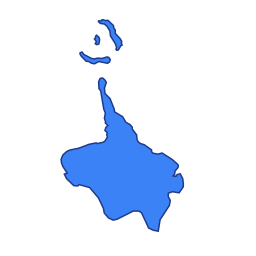 the district of Conakry, Dubréka, Guinea, rotated 114°
{"feature_id": "49546643B29247776226513", "entity_name": "Conakry", "entity_type": "district", "adm_level": 2, "iso_a3": "GIN", "parent_name": "Guinea", "parent_adm1": "Dubréka", "projection": "albers", "projection_center": [-13.665, 9.597], "detail": "fine", "context": "isolated", "style": "filled", "palette": "blue", "viewbox_px": 256, "rotation_deg": 114, "n_neighbors": 0, "source": "geoboundaries", "source_scale": "gbopen_adm2", "svg_char_len": 2111}
<svg xmlns="http://www.w3.org/2000/svg" viewBox="0 0 256 256"><g transform="rotate(114 128 128)"><path d="M177.0,59.9L174.1,63.5L171.1,64.6L168.1,61.4L166.4,54.9L159.2,53.6L156.3,54.8L152.0,57.4L148.6,61.7L150.5,64.1L151.9,64.6L152.2,64.3L153.0,65.2L153.4,67.3L151.3,66.6L148.3,67.5L144.0,66.3L142.3,66.5L141.0,67.7L138.8,74.7L137.0,86.7L139.8,90.2L140.5,93.5L140.9,95.3L140.1,96.7L138.4,97.6L137.8,100.8L136.7,106.1L137.1,110.5L136.4,113.3L134.5,115.3L130.8,117.3L127.2,123.7L126.0,124.2L125.5,124.5L124.1,127.3L123.6,132.3L119.9,137.5L119.5,140.5L118.7,146.8L116.1,148.5L108.5,156.3L107.3,159.3L106.7,160.8L105.8,163.1L101.1,165.8L95.2,166.3L93.6,168.5L92.7,171.2L93.3,172.8L94.3,173.7L97.8,173.6L103.9,170.5L105.1,168.1L111.6,163.8L120.5,157.9L123.5,154.8L128.8,153.5L131.2,151.2L132.6,150.8L134.0,147.4L136.5,148.5L137.2,148.4L139.7,148.0L139.7,147.8L139.7,147.4L139.7,147.5L139.8,147.5L140.0,147.1L140.5,145.2L143.1,144.6L144.5,143.1L149.1,143.7L150.8,144.6L152.1,146.3L154.8,149.8L154.5,151.0L158.8,157.0L166.6,164.9L171.5,171.8L174.3,174.4L179.1,176.5L183.8,176.4L187.0,174.5L189.7,171.8L194.0,165.2L196.0,167.4L199.3,163.5L202.2,155.5L202.7,154.2L201.4,150.3L199.6,149.7L198.0,138.8L203.9,126.5L211.4,117.8L215.3,115.1L218.1,109.2L218.2,104.1L215.9,101.0L204.8,91.9L201.8,89.5L199.5,84.4L199.5,84.2L199.9,81.2L209.1,70.6L211.0,68.5L211.1,63.3L210.0,58.4L198.7,61.4L182.0,58.7L177.0,59.9ZM43.0,198.1L43.7,195.8L42.6,191.8L43.7,188.4L46.8,184.0L51.1,181.4L55.9,174.2L58.8,171.3L61.0,171.0L61.6,169.9L60.6,168.6L55.7,168.0L54.7,167.1L53.0,168.6L51.4,169.0L49.4,171.8L46.8,178.1L43.8,179.4L42.2,181.8L40.3,183.0L37.8,190.1L39.1,192.6L39.2,194.8L39.9,195.9L41.1,196.2L42.1,198.5L43.0,198.1ZM80.3,201.6L81.6,199.5L84.0,193.4L83.2,190.5L83.7,187.9L83.0,184.7L79.2,181.8L77.2,173.0L75.2,171.7L72.7,172.0L71.3,174.3L71.7,176.2L75.0,180.0L76.7,184.5L78.5,186.7L79.3,189.6L79.2,191.1L78.8,198.1L77.3,200.9L78.8,202.4L80.3,201.6ZM64.6,190.6L63.1,188.8L58.9,189.8L56.8,191.6L56.1,194.6L57.6,194.9L59.0,194.3L60.3,194.9L61.9,192.0L64.3,192.2L64.6,190.6Z" fill="#3b82f6" stroke="#1e3a8a" stroke-width="1.5"/></g></svg>